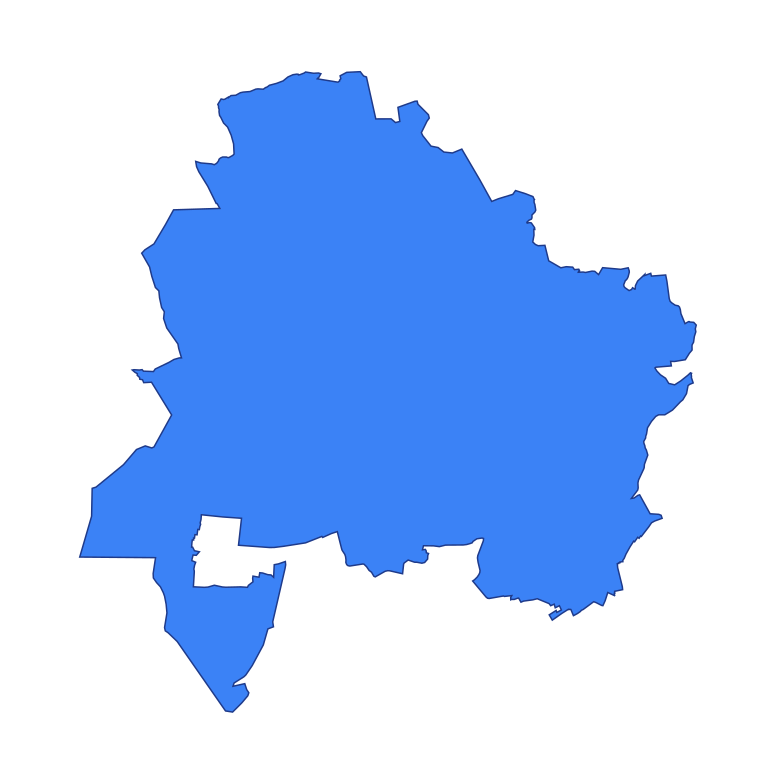 Moroleón, Guanajuato, Mexico, rotated 86°
{"feature_id": "50627088B62680528635044", "entity_name": "Moroleón", "entity_type": "district", "adm_level": 2, "iso_a3": "MEX", "parent_name": "Mexico", "parent_adm1": "Guanajuato", "projection": "orthographic", "projection_center": [-101.228, 20.085], "detail": "fine", "context": "isolated", "style": "filled", "palette": "blue", "viewbox_px": 768, "rotation_deg": 86, "n_neighbors": 0, "source": "geoboundaries", "source_scale": "gbopen_adm2", "svg_char_len": 6080}
<svg xmlns="http://www.w3.org/2000/svg" viewBox="0 0 768 768"><g transform="rotate(86 384 384)"><path d="M537.4,115.9L534.3,116.7L533.2,118.9L532.0,127.6L512.4,136.7L512.8,138.5L515.2,142.5L515.4,145.2L507.5,138.3L505.4,137.7L500.5,137.6L497.6,136.8L486.8,130.8L485.6,130.3L482.3,129.8L473.3,125.8L468.1,126.9L466.0,127.9L463.8,128.1L461.0,128.9L459.4,128.9L456.2,126.8L454.2,126.5L452.2,125.6L446.1,124.2L440.0,119.8L435.3,115.2L433.9,112.2L434.3,106.0L430.1,98.0L422.5,89.6L420.6,87.0L414.7,82.9L406.8,80.8L405.7,79.1L404.5,75.5L399.0,76.9L397.8,76.7L395.8,76.9L394.8,76.4L394.2,77.5L396.4,80.2L401.7,87.9L405.1,94.1L403.3,99.9L397.9,102.7L394.1,107.6L390.1,110.9L386.9,112.6L386.2,111.6L386.0,96.1L381.4,96.5L381.8,92.7L380.8,81.7L374.6,77.2L371.6,74.3L367.4,74.1L366.2,73.8L364.0,72.3L358.3,71.1L353.7,69.3L350.7,69.6L347.0,68.4L344.1,70.7L343.5,74.6L343.1,75.0L343.0,75.8L344.8,79.5L334.5,82.9L330.4,83.2L327.8,83.9L326.5,85.1L325.7,88.0L323.2,91.2L321.5,92.8L318.7,93.5L301.3,94.6L294.9,95.4L295.0,109.7L292.2,110.2L294.0,116.5L292.8,116.2L299.0,123.8L303.4,126.3L306.8,126.8L306.9,127.2L305.3,129.3L307.0,130.5L307.9,133.0L304.8,136.8L303.6,137.7L301.8,138.0L297.6,136.0L297.2,135.2L295.9,134.0L294.1,133.0L289.6,131.5L288.1,131.5L285.1,132.3L286.1,139.8L283.2,157.8L289.8,162.3L286.3,165.9L285.9,168.6L286.8,175.2L286.2,177.6L286.1,182.4L284.9,181.8L285.0,181.2L284.7,181.0L283.1,181.7L283.2,186.0L280.6,187.6L279.7,194.0L280.4,199.5L272.6,211.1L256.9,213.8L256.8,220.6L255.4,223.2L252.7,225.7L246.0,224.0L240.1,223.8L240.3,222.8L238.5,222.9L233.6,225.8L233.1,227.4L233.5,229.9L232.6,230.2L230.7,227.9L229.8,225.4L228.5,224.8L225.7,224.6L223.0,221.5L221.2,220.5L215.4,221.0L213.4,221.6L211.1,221.5L210.4,221.0L210.0,221.4L207.5,222.3L204.1,229.4L200.2,239.3L203.8,242.3L207.2,257.0L209.4,263.8L187.2,274.1L155.1,290.0L158.3,299.6L156.8,308.1L151.9,313.5L150.0,320.5L139.0,328.0L135.9,329.2L124.9,322.8L121.9,320.3L118.5,320.9L107.3,330.6L104.1,331.2L104.1,333.5L109.0,350.8L123.2,349.9L124.0,354.3L120.0,358.4L119.0,373.7L76.5,380.1L75.3,382.9L70.8,385.9L70.5,399.5L73.5,406.3L76.5,405.8L77.8,407.1L78.6,407.1L79.7,408.9L74.9,429.3L74.2,428.7L74.0,427.9L70.1,425.3L69.2,427.6L69.1,432.6L67.3,440.5L68.2,441.9L69.6,446.4L69.7,447.8L69.1,447.9L68.8,449.3L69.1,453.2L71.0,458.4L74.6,463.5L76.6,470.2L78.0,477.5L79.3,479.4L80.1,481.2L80.0,481.5L81.5,483.8L80.8,489.1L80.9,491.3L82.9,497.2L83.0,504.2L83.4,507.0L85.6,511.7L85.6,516.5L87.4,519.1L86.9,519.2L88.8,522.9L89.0,524.2L88.3,526.6L93.5,530.3L95.1,529.7L97.0,529.8L98.7,529.3L100.9,529.6L104.7,529.3L106.4,528.3L112.5,525.8L116.8,522.1L125.1,519.1L134.0,517.3L144.1,517.5L145.4,518.9L147.3,523.0L147.2,524.1L146.6,525.3L146.3,529.1L147.1,531.3L148.2,532.8L150.2,533.7L152.2,535.6L153.4,538.0L152.4,540.5L150.7,551.4L148.8,556.3L154.2,555.8L159.4,553.9L174.5,546.0L192.2,538.8L192.4,537.9L197.4,535.5L195.6,581.8L209.6,590.8L228.2,603.7L233.4,613.1L236.6,616.6L250.9,609.7L260.4,608.1L271.8,605.3L275.4,602.1L282.4,601.9L292.2,600.5L296.6,598.1L303.3,599.3L313.0,596.8L329.7,586.8L334.3,586.3L343.8,584.2L343.7,586.5L344.9,591.9L347.3,596.7L353.1,611.2L355.5,613.1L354.4,623.1L352.8,624.3L353.0,627.0L352.3,632.4L352.5,634.1L355.0,631.6L356.5,629.3L358.1,629.6L360.4,627.4L362.2,627.3L362.9,624.6L365.9,623.6L366.0,615.8L400.1,598.0L430.7,617.8L431.6,620.1L429.1,626.5L432.1,635.5L446.3,649.5L466.8,678.5L467.7,682.4L495.5,684.9L535.4,699.6L541.3,624.0L557.0,627.5L561.4,627.6L566.3,624.7L570.7,621.2L576.8,618.7L580.4,617.7L588.5,616.7L597.2,616.5L611.7,619.9L615.0,619.4L617.0,616.8L626.4,608.3L699.1,564.9L700.7,557.9L692.1,548.0L685.5,541.6L682.6,540.4L679.2,542.3L673.2,543.8L675.0,555.7L671.8,554.4L666.3,544.2L664.7,542.2L655.7,535.1L635.9,522.6L620.2,516.9L618.5,511.2L613.5,511.6L561.2,495.6L557.5,494.7L554.2,494.8L556.1,501.9L556.6,506.1L569.1,507.6L566.6,510.0L566.1,513.2L564.1,518.2L563.6,521.1L568.0,522.2L566.5,528.1L568.7,528.6L572.2,528.5L575.4,533.3L577.3,534.4L576.4,541.0L575.7,556.0L575.2,559.4L572.9,567.3L574.3,573.7L574.3,577.5L573.0,588.3L558.6,586.4L557.2,586.3L555.4,586.6L551.6,585.6L548.7,584.3L546.8,588.0L545.7,587.8L541.3,586.4L541.8,583.2L538.5,579.9L537.1,584.7L533.4,586.3L533.3,587.3L529.1,586.7L526.2,586.1L526.3,584.8L524.4,584.7L524.5,583.8L521.1,583.1L521.4,581.0L516.1,579.9L516.4,578.4L513.5,577.7L511.1,576.7L509.8,577.1L506.5,576.0L501.7,575.3L505.4,554.0L508.0,535.5L534.7,540.4L539.1,509.9L539.4,505.1L538.9,495.6L537.0,473.3L531.7,456.6L532.8,455.9L529.5,446.9L528.0,440.9L545.3,437.8L546.9,437.4L551.2,435.0L553.5,434.4L556.9,434.2L559.4,434.5L561.6,433.8L562.7,432.6L563.2,430.8L562.1,417.8L562.3,416.6L565.1,414.1L568.9,411.9L570.9,409.6L575.1,407.5L575.8,406.2L570.9,395.9L570.5,393.4L570.7,391.5L574.6,378.7L565.1,377.0L564.0,376.4L561.3,372.2L563.9,366.0L564.1,363.7L565.4,358.7L564.9,355.9L561.7,352.7L558.1,352.3L556.2,351.4L555.3,353.5L553.3,353.6L551.9,354.3L552.1,357.2L548.1,355.9L548.9,346.0L550.1,340.1L549.0,333.8L550.1,316.2L549.9,312.7L549.1,308.9L548.5,307.0L547.3,306.3L544.9,302.2L544.5,297.0L545.0,295.5L547.3,295.8L561.7,302.4L564.0,302.9L568.3,302.6L576.7,301.2L578.8,301.6L580.7,302.6L583.1,304.5L585.6,307.4L586.7,309.3L603.6,297.1L604.9,295.7L605.3,294.1L603.8,279.6L604.3,278.7L604.0,271.3L605.8,272.5L608.1,272.6L607.8,271.8L608.0,269.1L607.0,265.6L607.0,264.6L611.2,262.6L610.3,259.9L609.7,250.6L608.9,246.1L614.6,234.6L616.8,233.2L615.5,229.6L619.2,228.8L617.4,224.5L621.8,222.8L623.9,227.5L621.9,228.1L625.8,235.3L631.3,232.6L625.2,222.5L621.6,215.8L622.0,215.3L621.7,214.6L622.0,213.3L628.3,211.2L628.0,210.4L626.4,206.9L624.6,203.9L623.6,203.0L622.8,201.0L615.8,190.0L616.9,187.6L620.1,182.3L620.4,181.1L615.6,178.5L607.6,175.3L611.2,168.8L610.9,168.6L610.1,169.1L608.8,168.8L608.9,168.4L606.9,168.4L605.8,160.3L602.7,160.4L583.7,163.7L579.5,163.8L579.4,162.4L578.8,162.4L578.7,161.0L578.0,161.0L577.9,158.1L576.8,158.2L574.6,156.5L570.6,154.5L563.4,149.8L558.2,145.9L558.9,145.0L554.6,141.6L555.7,140.3L553.5,138.6L554.0,137.9L544.9,129.8L541.1,126.8L539.6,123.6L537.4,115.9Z" fill="#3b82f6" stroke="#1e3a8a" stroke-width="1.5"/></g></svg>